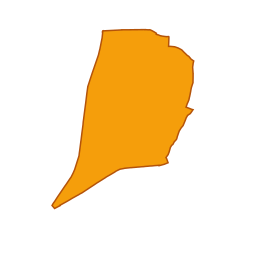 Serrekunda Central, Banjul, Gambia, rotated 199°
{"feature_id": "56634734B31410801409584", "entity_name": "Serrekunda Central", "entity_type": "district", "adm_level": 2, "iso_a3": "GMB", "parent_name": "Gambia", "parent_adm1": "Banjul", "projection": "natural_earth1", "projection_center": [-16.684, 13.431], "detail": "fine", "context": "isolated", "style": "filled", "palette": "amber", "viewbox_px": 256, "rotation_deg": 199, "n_neighbors": 0, "source": "geoboundaries", "source_scale": "gbopen_adm2", "svg_char_len": 2917}
<svg xmlns="http://www.w3.org/2000/svg" viewBox="0 0 256 256"><g transform="rotate(199 128 128)"><path d="M171.2,28.0L166.9,32.6L167.1,32.9L166.9,33.1L162.3,38.2L160.2,40.6L157.7,43.6L154.9,46.7L154.4,47.3L153.8,47.9L153.7,48.0L153.4,48.4L153.1,48.6L152.2,49.8L150.2,51.9L150.0,52.2L147.1,56.0L146.3,57.0L145.8,57.7L145.6,57.9L145.5,58.1L141.0,63.9L140.8,64.2L139.9,65.4L138.9,66.7L138.8,66.8L138.6,67.0L132.9,74.1L132.8,74.4L129.7,77.9L126.8,81.3L126.7,81.4L126.4,81.8L126.3,82.0L125.8,82.5L125.3,83.3L124.2,84.4L122.7,85.9L122.6,86.0L122.4,86.2L122.2,86.4L119.2,88.1L118.7,88.4L118.4,88.6L117.9,88.9L112.3,91.5L112.2,91.5L111.7,91.7L110.4,92.3L109.2,92.8L107.9,93.4L107.6,93.5L106.6,94.0L104.2,95.0L103.4,95.4L101.3,96.3L101.2,96.3L98.9,97.4L96.8,98.3L95.1,99.1L93.1,99.9L91.8,100.5L91.0,100.9L89.6,101.5L87.3,102.5L86.5,102.9L86.3,102.5L81.9,105.5L78.8,108.2L81.6,111.7L82.5,112.4L81.4,115.9L81.4,116.9L81.3,118.5L81.5,122.0L81.6,123.3L81.1,125.8L80.6,126.5L80.2,127.1L79.8,129.9L78.7,132.4L78.4,133.5L78.6,136.1L78.6,138.1L78.6,138.7L78.6,139.7L78.6,141.7L78.5,142.3L78.3,143.1L77.9,144.9L77.7,145.6L76.7,148.2L76.4,152.9L76.3,155.4L76.3,156.5L75.9,158.5L75.8,159.3L75.2,160.0L74.7,160.8L74.5,161.0L73.8,161.9L73.2,163.9L73.1,164.2L73.1,164.3L73.0,164.6L72.5,166.5L73.7,166.4L75.9,166.5L76.0,166.5L78.6,166.6L79.9,166.6L79.9,170.1L79.7,172.3L79.6,174.2L79.6,174.6L79.9,176.9L80.0,178.2L80.6,182.7L80.9,184.4L81.2,186.6L81.3,189.4L81.3,190.5L81.3,191.0L81.3,192.0L82.0,194.1L82.6,196.0L83.9,199.9L84.2,200.7L84.2,200.9L84.3,201.0L84.5,201.4L86.7,206.6L87.2,209.3L87.3,209.4L87.4,210.0L87.7,212.8L89.4,213.2L89.5,213.3L90.7,213.6L93.8,215.5L95.8,216.0L96.8,216.5L97.2,216.7L99.8,217.9L102.5,219.3L102.9,219.4L104.0,219.6L106.6,220.0L109.5,220.0L109.9,220.0L110.3,220.0L112.8,219.4L114.8,218.9L116.2,218.4L117.5,222.7L118.6,226.3L119.0,227.5L119.3,227.7L121.4,226.9L122.7,226.6L124.2,226.3L125.7,226.0L125.9,226.0L126.6,225.9L126.8,225.9L127.2,225.8L128.2,225.8L129.5,225.9L131.8,225.8L132.0,226.8L134.5,227.4L136.8,227.8L138.4,228.0L139.4,228.0L139.9,227.7L140.0,227.7L141.2,227.3L143.1,226.8L143.6,226.6L144.2,226.4L144.2,226.5L150.6,224.2L155.4,222.5L158.7,221.3L162.2,220.1L165.9,218.8L165.9,218.7L166.0,218.7L168.3,217.7L169.8,217.1L183.5,211.6L183.5,211.4L183.4,211.5L181.7,204.3L181.7,203.9L180.4,194.4L180.3,193.9L180.2,192.3L179.7,187.3L179.7,183.5L179.7,179.2L179.7,174.0L179.7,171.0L179.7,167.8L179.7,167.6L179.6,160.5L179.5,155.0L179.5,154.0L179.4,153.6L178.2,147.5L177.5,144.2L176.2,138.2L175.6,135.2L173.9,126.9L172.9,122.1L172.2,118.6L172.0,118.3L172.0,117.9L171.6,116.4L170.1,109.0L168.5,101.5L168.2,99.9L166.7,92.7L166.4,91.2L165.9,88.6L165.3,85.9L165.2,83.7L165.2,83.1L164.9,71.2L165.0,70.2L165.2,67.6L165.7,63.9L165.9,62.7L166.3,61.5L168.2,54.3L168.7,52.7L171.3,43.1L172.1,40.2L173.5,34.5L173.7,33.9L174.2,32.2L174.6,30.0L171.2,28.0Z" fill="#f59e0b" stroke="#b45309" stroke-width="1.5"/></g></svg>